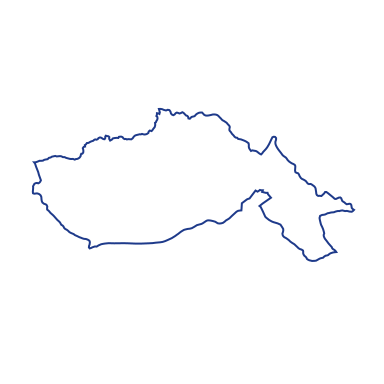 Webuye East, Western, Kenya, rotated 261°
{"feature_id": "3690345B7526977746919", "entity_name": "Webuye East", "entity_type": "district", "adm_level": 2, "iso_a3": "KEN", "parent_name": "Kenya", "parent_adm1": "Western", "projection": "albers", "projection_center": [34.784, 0.653], "detail": "fine", "context": "isolated", "style": "outline", "palette": "blue", "viewbox_px": 384, "rotation_deg": 261, "n_neighbors": 0, "source": "geoboundaries", "source_scale": "gbopen_adm2", "svg_char_len": 6050}
<svg xmlns="http://www.w3.org/2000/svg" viewBox="0 0 384 384"><g transform="rotate(261 192 192)"><path d="M153.0,89.3L153.9,91.4L154.6,94.1L154.7,95.8L154.7,97.9L154.5,101.6L153.5,107.1L152.3,115.3L151.6,119.5L150.0,127.5L149.1,132.8L148.1,141.2L147.7,145.0L147.6,148.4L147.3,152.6L147.3,155.2L147.7,157.8L148.5,160.9L149.6,164.8L151.2,168.6L152.1,170.3L152.8,171.8L154.1,174.1L154.7,175.3L155.8,178.0L156.0,179.3L156.2,181.9L156.1,184.1L156.3,186.2L157.3,188.9L158.5,191.7L159.0,196.4L159.5,197.9L161.1,201.3L161.5,202.6L161.4,204.1L160.9,205.9L160.0,208.2L159.0,210.3L157.1,212.5L156.6,214.0L156.5,215.2L156.5,216.3L156.7,217.8L157.6,219.6L158.6,221.1L159.7,223.9L160.2,224.9L161.1,226.2L161.9,227.3L165.6,232.9L166.2,234.6L166.2,236.4L166.1,237.9L168.1,238.4L173.1,239.5L176.1,245.1L176.4,246.3L176.6,247.8L183.5,255.0L182.1,256.8L182.8,258.4L183.4,259.4L182.9,260.4L182.6,262.2L181.1,261.3L179.6,264.8L179.4,266.5L177.9,266.7L174.0,269.1L169.6,260.0L167.6,256.5L166.5,257.5L161.6,259.0L156.1,260.5L154.9,261.4L152.3,263.8L150.4,266.2L149.5,267.7L147.6,271.7L145.9,274.3L142.8,275.7L141.2,276.3L139.6,276.1L138.3,275.6L136.8,274.8L135.3,274.8L134.1,275.2L132.9,276.1L132.0,277.4L130.6,278.9L129.1,280.3L127.7,281.3L126.2,282.8L124.4,284.9L120.8,287.7L119.8,288.4L118.8,289.6L118.0,291.2L116.8,292.5L115.5,292.5L114.3,292.2L112.8,292.4L111.3,293.1L110.5,293.9L109.3,294.7L108.0,295.0L107.1,295.9L106.2,297.2L105.6,298.7L105.1,299.8L104.8,302.6L104.8,303.9L106.0,307.1L106.4,308.4L106.6,311.2L107.5,312.4L108.2,314.0L108.2,315.2L108.4,316.6L109.2,317.8L109.8,319.2L110.2,321.7L110.2,323.5L110.1,325.1L111.2,324.6L112.5,323.6L113.5,322.4L114.4,321.7L115.6,321.5L119.8,318.8L122.5,317.4L125.2,315.9L126.3,315.6L127.3,315.3L128.9,315.3L130.4,316.1L132.1,316.0L134.6,315.7L137.1,315.1L139.3,314.4L140.6,314.2L144.6,313.9L146.4,313.9L148.4,314.8L149.0,317.0L148.9,318.6L149.0,320.2L149.8,322.6L149.8,323.8L150.0,326.2L149.8,329.0L150.1,330.2L150.3,331.5L150.4,333.3L150.1,334.4L150.3,335.8L150.3,337.6L149.2,340.2L149.1,342.0L148.6,343.3L148.1,344.3L147.5,346.7L148.1,348.0L149.0,349.2L150.0,348.1L151.3,347.3L154.2,347.3L155.4,346.7L155.8,345.5L155.7,344.3L155.7,342.9L156.7,341.8L157.9,340.9L158.6,340.0L159.7,339.0L161.4,338.6L162.5,338.4L163.4,337.6L163.5,336.2L162.6,333.0L163.0,331.8L164.8,330.4L169.5,326.2L171.0,324.7L171.2,323.5L169.9,322.3L167.8,319.2L168.3,317.4L168.4,316.0L169.4,314.9L170.7,314.5L172.7,314.6L174.6,314.6L176.2,314.6L177.3,314.3L178.5,313.6L180.8,311.3L181.4,310.4L181.5,308.8L182.3,307.6L184.9,306.2L186.0,305.1L187.0,303.8L187.6,302.8L188.8,301.7L189.9,301.2L191.4,300.6L192.6,300.4L193.9,299.7L194.5,298.4L195.3,297.3L196.9,297.1L200.4,297.9L201.5,298.1L202.8,297.7L204.0,296.2L204.6,295.2L205.7,293.9L207.0,292.6L208.7,291.4L210.1,290.8L211.3,290.1L213.3,288.0L214.3,287.2L216.3,286.2L219.2,284.6L220.7,283.8L222.5,283.0L224.2,282.4L225.9,282.0L227.2,282.0L228.5,282.2L230.5,283.2L232.1,283.5L233.4,282.7L233.8,281.4L233.5,280.0L232.0,278.9L228.6,276.6L226.8,275.3L224.3,273.2L222.8,271.6L220.3,268.4L219.2,267.4L218.3,266.1L219.2,264.9L220.3,263.8L221.5,262.8L222.5,261.5L223.7,258.0L223.3,256.7L225.2,255.7L226.7,255.2L228.0,255.2L229.6,255.5L231.3,255.5L232.6,254.2L233.8,252.8L234.7,251.4L236.3,248.6L237.2,245.9L238.5,245.1L238.9,243.7L240.0,242.6L241.1,242.1L243.2,240.6L245.2,239.7L246.4,238.9L247.4,238.6L248.7,238.9L250.3,239.5L251.6,239.2L253.3,238.0L255.0,237.0L256.2,235.7L257.2,234.6L258.0,233.5L258.8,232.8L260.0,232.1L260.9,231.4L263.1,229.9L264.0,229.0L264.7,227.7L265.1,226.3L265.3,224.6L265.1,222.7L265.0,220.4L265.1,218.7L265.4,217.5L266.2,216.2L268.9,214.4L269.2,212.3L269.1,210.9L268.5,209.2L267.9,208.1L266.5,206.4L266.2,203.3L264.7,201.3L265.2,200.0L266.9,199.9L267.9,199.3L268.5,198.1L271.5,196.0L272.3,194.9L271.7,193.3L271.5,191.9L272.4,190.4L272.8,189.4L272.4,188.2L271.2,186.8L270.8,185.5L271.7,184.2L272.9,183.5L274.8,183.3L276.4,182.5L277.0,180.9L276.6,179.1L277.5,177.0L278.5,175.4L279.0,173.9L279.2,172.3L275.7,172.7L274.2,172.0L274.9,171.1L275.3,169.7L273.7,169.4L272.6,168.7L271.6,169.5L270.2,169.5L268.9,169.0L267.8,168.0L266.6,167.3L266.1,166.3L264.9,166.3L263.4,166.0L261.8,165.2L260.6,163.8L259.4,162.7L258.5,161.6L259.3,159.9L258.5,158.7L257.1,158.1L256.4,156.6L256.2,155.5L256.2,154.2L256.6,152.9L257.2,151.7L256.9,150.5L257.2,149.4L256.9,145.8L256.7,144.7L255.8,143.2L254.3,141.8L253.5,140.3L254.2,137.2L254.1,135.9L254.8,134.9L254.8,133.7L255.6,132.7L257.0,132.0L257.7,130.9L257.9,129.9L257.9,128.4L256.9,127.7L257.3,125.9L257.4,123.8L257.3,122.2L256.3,121.1L255.6,119.2L257.5,118.5L259.2,118.9L260.1,118.2L260.6,116.7L261.1,115.7L260.3,115.0L258.9,114.8L257.8,113.9L258.1,112.8L258.8,111.9L259.7,111.0L260.3,109.7L259.9,108.1L258.9,107.1L258.6,105.8L259.1,104.6L258.8,103.5L258.1,102.6L257.7,100.2L257.3,98.9L256.7,97.5L256.8,95.8L255.6,94.7L255.1,93.5L253.6,93.5L253.5,92.1L252.4,91.0L250.7,91.2L249.3,91.1L247.9,90.7L247.0,89.7L247.1,88.6L246.1,88.0L244.7,87.5L243.6,86.4L242.9,85.0L242.6,83.6L242.7,82.4L242.3,81.3L243.3,79.6L243.5,77.8L243.8,76.6L245.4,73.0L246.4,71.6L246.6,70.0L247.6,68.7L248.1,67.3L248.3,63.9L249.0,62.6L248.8,59.1L248.2,57.8L248.1,56.0L247.0,54.5L247.0,52.8L246.9,51.1L246.3,49.7L246.4,47.8L246.7,46.3L246.4,45.2L246.0,43.4L245.8,41.8L246.0,40.7L244.7,41.4L241.2,42.0L235.8,43.2L232.9,43.5L227.2,44.6L225.9,43.7L225.0,42.6L224.6,41.4L225.2,40.4L225.2,39.2L224.8,37.7L222.5,35.9L221.1,35.8L217.0,34.8L215.6,34.8L215.0,35.9L214.9,38.7L214.3,40.0L213.6,41.0L212.3,42.0L210.7,42.4L208.2,42.2L206.6,42.2L205.0,42.6L203.5,44.0L202.7,45.6L201.8,46.4L200.3,46.8L199.0,46.4L197.3,46.2L195.6,47.7L193.4,49.0L191.0,51.0L189.9,51.8L185.5,54.6L183.8,56.0L182.5,56.9L181.3,57.3L180.0,57.8L179.2,58.9L178.0,59.7L176.7,60.0L175.3,61.0L174.3,62.4L172.9,63.7L171.6,64.6L170.5,66.0L168.9,68.6L167.9,69.4L167.1,70.6L166.4,71.7L164.9,73.8L164.4,74.8L163.3,76.6L162.6,78.1L162.2,79.8L161.3,81.5L160.0,83.0L158.5,83.3L157.4,83.0L156.1,82.6L154.9,81.9L153.4,81.5L152.3,82.1L152.5,83.5L153.0,85.2L153.4,87.6L153.0,89.3Z" fill="none" stroke="#1e3a8a" stroke-width="2"/></g></svg>